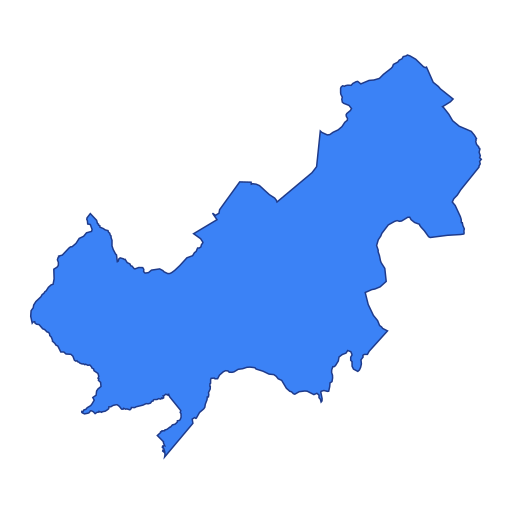 Coyomeapan, Puebla, Mexico
{"feature_id": "50627088B96013313047300", "entity_name": "Coyomeapan", "entity_type": "district", "adm_level": 2, "iso_a3": "MEX", "parent_name": "Mexico", "parent_adm1": "Puebla", "projection": "natural_earth1", "projection_center": [-97.01, 18.286], "detail": "fine", "context": "isolated", "style": "filled", "palette": "blue", "viewbox_px": 512, "rotation_deg": 0, "n_neighbors": 0, "source": "geoboundaries", "source_scale": "gbopen_adm2", "svg_char_len": 5983}
<svg xmlns="http://www.w3.org/2000/svg" viewBox="0 0 512 512"><path d="M322.0,400.9L322.1,398.6L320.8,392.1L321.1,391.3L323.9,390.5L327.6,391.4L328.7,391.2L329.7,386.7L330.0,382.9L332.0,381.6L332.6,378.0L332.5,375.2L331.6,372.6L331.7,369.9L332.8,366.7L334.0,366.7L335.4,365.7L338.3,361.0L339.0,357.0L342.3,354.5L346.0,353.1L347.7,350.5L350.8,351.7L351.9,354.2L351.9,355.2L350.7,357.2L350.7,358.3L350.7,360.3L352.0,361.6L352.1,366.3L353.5,369.1L357.8,371.4L359.4,370.0L360.6,367.4L361.4,363.9L361.0,359.8L363.1,357.0L362.8,355.8L363.3,354.9L364.5,354.4L367.4,354.4L369.2,351.2L387.5,330.9L382.6,328.4L381.6,327.0L379.6,325.5L377.6,320.6L373.4,315.4L368.2,304.5L365.2,292.5L371.8,289.6L374.9,289.0L380.2,286.8L386.2,281.4L384.8,268.4L381.1,262.6L380.4,260.5L379.4,255.5L378.1,251.7L378.2,250.2L376.6,245.5L378.3,239.7L380.8,236.0L381.8,233.4L388.3,224.9L394.6,221.4L397.1,220.6L399.4,221.3L401.6,221.0L407.7,217.3L409.7,217.2L411.1,219.7L414.6,222.5L419.5,224.3L419.7,225.3L421.0,227.1L424.3,230.7L428.6,236.7L430.2,237.5L447.4,235.3L460.8,234.5L463.8,234.0L464.1,233.1L463.9,230.9L464.3,228.9L462.8,225.4L462.3,222.7L461.4,222.6L461.2,219.4L460.3,216.5L455.2,205.5L452.3,202.0L453.8,198.7L457.3,195.1L460.7,189.8L479.0,167.1L479.0,166.0L480.2,163.9L479.6,161.4L481.3,159.3L479.6,157.7L480.3,155.7L479.1,152.2L479.9,149.1L479.7,148.4L478.7,147.8L478.7,146.8L476.6,144.5L475.7,141.5L476.1,140.3L475.9,139.3L476.5,138.7L474.4,135.2L471.3,131.4L459.2,126.2L452.6,120.7L448.8,114.2L443.7,107.7L442.5,106.7L450.4,101.8L453.1,99.0L440.4,88.9L438.4,86.5L433.2,82.3L426.5,67.1L425.4,67.6L423.5,66.8L415.7,59.2L410.0,55.9L407.4,55.0L405.8,56.0L403.2,56.6L402.0,58.8L399.3,60.1L397.8,62.1L393.4,64.4L392.5,66.8L391.3,68.2L383.5,74.3L379.4,78.4L373.9,80.0L369.1,80.4L360.8,83.9L357.7,81.4L356.1,81.7L352.8,83.5L351.2,85.3L347.6,85.2L345.3,85.7L344.6,86.3L342.6,85.8L341.1,87.1L340.6,88.4L340.6,92.6L340.8,94.2L342.3,97.2L341.8,99.2L342.3,102.1L343.7,103.3L349.0,105.4L351.5,108.6L350.4,110.5L346.8,113.5L346.1,114.9L346.4,116.6L347.5,118.3L347.3,120.3L344.8,122.3L342.0,126.6L338.1,129.9L333.0,132.3L329.8,134.6L327.3,134.9L321.8,132.4L320.3,131.0L316.6,166.7L312.0,172.7L277.0,202.0L276.3,200.2L274.7,198.1L269.3,194.6L259.5,185.6L256.2,184.2L252.6,183.7L251.3,184.2L251.1,182.2L239.7,181.9L219.6,209.7L219.0,213.2L215.5,215.3L212.5,213.2L217.0,219.7L193.6,233.7L200.6,238.7L202.7,241.9L202.9,242.7L201.4,244.8L200.9,246.9L199.3,248.0L197.6,248.0L196.1,251.5L194.5,252.6L192.6,255.7L186.9,257.8L179.8,265.6L174.7,270.4L171.7,272.6L169.9,273.5L167.8,273.6L164.0,271.8L162.9,270.6L159.7,268.9L151.5,270.1L148.5,272.6L145.1,273.1L143.6,271.6L143.8,269.4L142.7,267.6L138.8,267.5L134.9,268.9L134.1,268.6L132.0,266.1L130.8,265.8L129.9,263.9L127.2,262.6L125.1,259.3L124.3,259.5L123.4,258.8L120.2,257.9L119.0,258.7L118.1,261.3L117.3,261.7L116.5,254.9L115.5,253.9L113.2,249.5L112.0,245.9L112.0,240.3L111.1,237.7L111.0,235.9L110.0,234.7L109.8,233.3L108.5,232.2L108.0,230.6L105.2,229.9L103.4,228.6L99.9,227.1L99.8,225.7L98.6,225.2L98.5,224.1L97.5,223.5L96.6,220.3L90.3,213.6L87.0,217.9L86.8,219.5L87.4,220.7L87.7,224.0L90.3,224.5L92.1,229.5L91.5,231.4L86.5,232.8L83.6,236.3L79.2,238.4L76.0,243.4L72.1,246.7L70.5,246.9L69.1,247.9L62.3,255.1L58.7,256.1L58.9,256.9L58.2,257.3L57.4,259.8L58.4,262.4L58.3,265.5L57.0,267.2L53.8,269.2L54.1,278.9L53.1,284.2L51.1,284.9L48.4,287.3L46.2,290.8L44.9,291.7L43.8,293.4L42.1,294.6L41.0,296.7L35.9,301.5L33.7,305.0L33.2,307.8L31.1,310.7L30.7,316.3L32.2,323.1L32.9,322.1L34.7,321.7L35.1,323.2L36.6,324.2L39.1,324.6L42.7,328.8L44.6,329.5L47.1,332.0L48.4,332.3L49.5,333.6L49.8,335.6L51.3,337.1L52.5,340.2L52.4,341.1L54.9,343.4L55.8,345.0L57.8,346.0L60.8,352.0L63.8,352.0L66.0,354.0L70.9,354.3L72.9,356.2L74.4,360.2L75.8,361.1L76.9,360.7L77.7,361.8L78.8,362.1L80.0,363.2L82.2,364.0L83.3,363.8L84.9,364.7L85.6,364.2L87.9,365.3L89.8,365.0L91.4,366.7L92.0,368.1L93.6,368.9L94.0,370.7L97.9,373.4L98.8,376.4L98.0,378.2L98.8,378.7L98.4,380.3L100.6,382.4L101.0,386.5L98.0,388.9L96.6,391.0L96.1,395.2L92.8,397.5L94.2,400.2L92.2,403.6L90.7,405.6L87.2,407.7L85.9,409.3L83.9,409.9L83.0,411.5L81.8,411.4L81.8,412.4L82.4,412.9L84.5,413.9L88.0,413.2L89.1,412.7L90.5,410.8L91.1,410.7L93.3,411.7L95.1,413.6L97.0,412.3L98.9,412.1L99.0,411.4L101.7,412.3L102.0,411.8L105.2,411.2L107.1,410.0L108.7,408.7L108.9,406.8L110.8,406.8L113.1,405.4L116.3,404.7L117.3,404.8L119.4,406.4L121.5,409.1L123.1,409.2L123.7,408.3L125.6,409.2L126.8,408.9L129.9,409.8L131.1,408.7L131.4,407.5L134.7,407.6L136.1,406.8L143.0,405.1L146.1,403.6L148.2,403.8L150.5,403.1L151.8,401.3L153.1,401.0L153.3,400.1L153.9,399.6L157.0,399.5L158.7,398.6L160.8,399.1L161.6,398.0L162.4,398.5L162.9,397.8L163.5,398.0L163.7,397.1L163.2,395.8L163.8,395.8L165.8,394.2L167.6,395.0L168.1,394.3L168.7,394.3L168.7,395.4L169.1,395.4L169.8,397.0L180.8,410.6L180.2,412.5L181.0,413.6L181.1,417.2L180.2,419.6L179.4,420.4L177.4,420.8L177.3,422.1L175.2,424.1L172.4,424.9L170.5,427.1L169.9,427.1L167.1,429.3L164.8,430.0L164.6,430.7L161.9,430.9L161.9,431.3L160.6,431.8L160.6,432.5L157.3,435.5L163.5,441.8L163.4,442.8L164.6,445.5L164.0,445.2L163.3,446.7L162.6,446.2L162.3,447.3L164.0,449.0L164.6,451.3L163.1,451.1L163.5,450.4L162.9,450.2L162.7,451.0L164.8,452.8L165.0,454.9L164.6,457.0L192.9,423.3L192.2,419.1L194.6,417.6L195.9,418.4L196.4,418.0L199.5,412.5L203.7,408.9L204.8,407.3L205.3,404.2L207.0,399.8L207.3,396.9L208.4,396.9L208.8,394.6L208.5,392.6L210.2,389.0L210.3,386.4L209.8,386.2L209.9,384.7L210.0,383.6L210.6,383.2L210.6,379.7L211.1,378.3L214.4,378.1L214.9,378.8L217.6,378.7L219.5,375.1L223.4,371.7L225.5,370.7L227.9,370.9L229.2,372.2L232.0,372.3L233.9,371.9L238.2,369.3L242.7,368.7L246.9,367.3L250.0,367.1L254.9,367.7L256.0,369.0L263.0,371.2L269.0,374.1L273.8,374.6L276.2,376.3L278.2,378.8L281.7,380.4L286.4,388.3L289.8,391.3L291.5,391.8L293.4,393.7L294.8,394.2L299.2,391.7L304.8,391.0L307.2,391.2L313.9,394.6L316.9,393.3L319.0,395.1L319.0,397.7L320.4,399.3L321.1,402.0L322.0,400.9Z" fill="#3b82f6" stroke="#1e3a8a" stroke-width="1.5"/></svg>